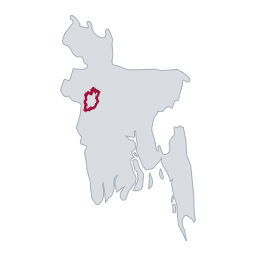 Natore, Rajshahi, Bangladesh (highlighted)
{"feature_id": "16705992B43065208682222", "entity_name": "Natore", "entity_type": "district", "adm_level": 2, "iso_a3": "BGD", "parent_name": "Bangladesh", "parent_adm1": "Rajshahi", "projection": "equal_earth", "projection_center": [89.103, 24.393], "detail": "fine", "context": "in_parent", "style": "outline", "palette": "rose", "viewbox_px": 256, "rotation_deg": 0, "n_neighbors": 0, "source": "geoboundaries", "source_scale": "gbopen_adm2", "svg_char_len": 7515}
<svg xmlns="http://www.w3.org/2000/svg" viewBox="0 0 256 256"><path d="M90.4,189.4L90.4,182.3L86.6,168.3L86.8,166.8L86.0,160.0L85.0,156.3L84.6,152.3L86.8,146.6L85.9,145.7L80.9,143.9L80.3,142.5L81.4,136.9L77.8,131.5L76.3,127.6L80.2,114.8L81.2,105.9L80.9,104.2L78.5,102.2L74.4,101.4L71.4,99.8L69.7,97.3L68.3,96.2L66.5,97.0L64.1,96.0L62.2,93.5L60.6,90.5L61.3,87.2L64.3,79.4L65.4,79.1L68.1,80.6L69.1,80.6L70.8,77.5L73.2,68.8L81.6,69.5L83.7,69.2L85.8,68.5L86.9,67.4L87.5,66.0L87.3,64.8L84.7,63.1L83.7,61.9L83.0,58.4L82.3,57.1L77.2,56.9L74.6,55.3L73.1,53.8L70.6,49.0L67.4,45.5L64.3,44.7L63.2,43.5L62.5,41.7L62.9,39.1L64.5,34.0L72.8,23.1L73.1,21.9L72.7,20.5L70.3,18.8L70.1,17.9L70.8,15.6L72.2,15.4L75.1,17.4L78.0,20.8L79.8,23.8L79.8,26.1L82.1,26.6L84.0,27.7L86.0,27.3L87.2,27.9L88.1,27.7L88.4,26.4L86.8,22.9L87.6,21.5L89.5,21.6L90.9,22.9L91.9,25.5L92.1,29.6L94.3,33.3L97.3,35.9L99.6,37.1L102.4,38.0L104.8,37.2L106.0,34.6L105.5,32.3L105.8,30.2L106.8,29.1L108.3,29.1L109.4,30.8L112.7,39.6L112.0,43.6L112.8,54.4L112.0,61.5L112.5,64.2L113.0,64.7L118.0,66.0L125.1,68.9L130.6,69.9L155.3,69.2L160.7,70.6L177.2,69.5L181.7,71.8L186.6,75.5L189.4,78.2L189.9,79.8L189.6,81.2L188.7,81.9L187.0,81.9L183.1,80.1L182.4,80.7L182.4,84.9L179.3,95.7L178.9,99.0L177.8,100.3L174.6,101.0L172.5,107.3L171.6,108.1L169.4,106.7L168.1,106.9L166.4,107.5L164.7,109.0L163.6,110.8L162.3,111.4L157.7,111.3L156.8,114.2L153.8,118.0L151.8,128.1L151.9,131.2L154.5,139.3L156.4,149.8L157.1,150.9L158.0,151.0L158.0,146.2L158.8,145.6L159.9,146.1L162.1,152.6L163.4,154.2L165.3,154.7L167.5,153.7L169.1,151.8L169.8,149.8L169.1,142.7L170.2,139.8L173.9,135.5L174.4,134.2L174.1,127.1L175.6,126.9L177.5,127.5L179.9,125.8L180.6,125.7L181.6,127.5L183.3,127.2L186.0,141.3L186.3,151.2L187.0,156.7L187.9,157.9L190.8,166.2L193.7,195.4L194.2,214.0L195.4,220.3L194.5,221.7L193.5,222.0L192.7,219.8L186.5,215.1L185.0,215.6L182.9,218.3L182.1,220.8L182.5,224.4L183.2,227.9L184.7,230.0L184.8,232.2L186.5,240.6L186.0,240.6L182.7,233.0L178.5,225.5L177.1,212.1L177.0,205.4L174.2,197.7L171.5,184.1L172.6,179.3L170.7,181.4L167.6,173.3L162.7,165.3L161.3,161.8L161.3,158.4L159.2,161.8L156.4,164.3L153.6,167.9L151.7,169.0L145.7,169.7L142.2,164.8L137.2,152.9L136.5,150.2L137.2,143.2L136.0,136.6L135.6,130.8L134.7,131.3L134.4,132.9L134.6,135.4L134.2,137.4L125.9,136.1L129.4,139.6L133.3,140.4L135.3,143.5L135.4,148.7L131.7,151.8L132.0,154.4L134.2,157.6L131.5,158.5L130.8,160.6L130.8,163.6L132.7,168.2L132.3,170.0L135.5,176.0L136.1,178.9L135.4,182.9L128.6,191.2L126.6,197.0L124.9,199.8L122.8,200.3L120.3,197.5L120.2,194.6L120.7,192.4L124.3,186.9L122.3,187.7L116.8,192.2L115.8,188.5L115.0,185.1L115.0,181.0L117.7,174.8L114.7,177.9L113.8,181.7L114.2,186.3L113.8,189.5L112.7,193.7L111.1,196.2L108.4,197.9L107.3,200.4L105.5,202.2L104.9,193.7L103.0,182.3L102.6,184.7L103.6,191.8L103.6,196.4L102.1,200.1L99.3,204.0L97.1,204.6L95.8,204.0L91.7,198.1L91.3,192.5L90.4,189.4ZM140.9,189.6L135.8,190.9L133.2,190.5L138.0,180.2L137.8,175.6L137.1,171.9L134.6,168.9L134.5,166.7L133.3,163.8L132.8,160.3L135.5,159.2L137.7,161.2L138.5,165.1L139.6,168.0L143.5,174.1L143.4,177.8L142.4,186.8L140.9,189.6ZM151.8,186.2L148.7,188.9L149.6,172.7L152.0,178.7L152.6,182.0L151.8,186.2ZM163.6,178.1L162.3,179.2L161.0,178.2L159.3,174.4L160.1,169.6L160.6,168.9L162.6,173.8L163.6,178.1ZM175.3,212.4L173.5,212.6L172.7,211.4L173.1,209.8L172.6,204.5L174.8,204.0L175.7,208.4L175.3,212.4ZM173.3,197.6L172.0,202.9L171.4,200.5L172.3,195.9L173.3,197.6ZM136.8,155.4L137.3,157.0L134.5,154.9L133.7,153.3L135.0,152.5L136.8,155.4Z" fill="#d9dde1" stroke="#a8b0b8" stroke-width="1"/><path d="M92.9,88.3L92.8,88.8L92.9,89.2L92.8,89.3L92.9,89.5L92.7,89.6L92.4,89.6L92.5,89.8L92.4,89.8L92.4,90.0L92.1,90.0L91.9,90.1L91.8,90.3L91.7,90.3L91.9,90.5L91.9,90.8L91.8,91.1L91.7,91.3L91.8,91.3L91.7,91.5L91.8,91.5L91.7,91.6L91.7,91.8L91.9,92.0L92.0,92.1L91.9,92.3L92.0,92.5L91.9,92.6L91.9,93.0L91.8,93.3L91.7,93.4L91.7,93.6L91.8,93.8L91.6,94.0L91.5,93.8L91.4,93.7L91.4,93.9L91.3,94.0L91.2,94.2L90.8,94.2L90.7,94.0L90.1,93.7L89.9,93.7L89.7,93.2L89.4,93.5L89.2,93.5L89.1,93.3L89.3,93.1L89.2,92.9L88.7,92.6L88.5,92.4L88.2,92.3L88.1,92.1L87.9,92.2L87.8,92.7L87.9,92.9L87.9,93.4L87.8,93.6L87.5,93.7L87.4,93.7L87.2,94.1L86.6,93.7L86.6,93.8L86.4,93.9L86.3,94.0L86.1,94.0L85.9,94.1L86.0,94.5L85.7,94.4L85.5,94.5L85.4,94.7L85.5,94.7L85.5,94.8L85.7,94.7L85.9,94.7L86.0,94.8L86.0,95.0L86.4,94.9L86.5,94.9L86.8,94.8L86.9,95.0L86.7,95.3L86.8,95.4L86.5,95.3L86.4,95.4L86.4,95.5L86.2,95.5L86.1,96.0L85.9,96.0L85.9,96.3L86.0,96.8L86.0,97.0L85.9,97.0L86.1,97.4L86.1,97.5L85.9,97.8L86.0,97.9L86.0,98.3L86.1,98.6L86.0,98.9L86.1,99.1L85.9,99.7L85.7,99.9L85.9,100.2L85.8,100.8L85.8,100.7L85.6,100.7L85.5,100.8L85.5,100.7L85.4,100.7L85.4,100.8L85.2,100.9L85.3,100.9L85.2,101.0L85.0,100.8L84.9,100.8L84.7,101.1L84.7,101.5L84.6,102.2L84.5,102.5L84.7,102.8L84.7,103.0L84.9,103.1L85.0,102.8L85.4,103.2L85.4,103.5L85.6,103.4L86.1,103.6L86.0,104.4L86.1,104.5L86.2,104.9L86.5,105.0L86.5,105.5L86.4,105.5L86.2,105.7L85.9,105.7L86.0,105.9L85.9,106.0L85.7,106.0L85.4,106.1L85.4,105.8L85.4,105.7L85.3,105.8L85.2,106.1L85.2,106.5L85.3,106.5L85.1,106.8L85.2,107.0L85.3,107.1L85.3,107.4L85.1,107.5L85.2,107.8L85.1,108.1L84.9,108.2L84.9,108.4L85.0,108.6L85.3,108.5L85.8,108.6L85.9,108.8L85.8,109.0L86.1,109.0L85.8,109.1L85.5,109.8L85.2,109.8L85.0,110.1L85.0,110.5L84.9,110.5L85.0,110.6L85.5,110.4L85.5,110.8L85.3,111.0L85.5,110.9L86.4,110.5L86.3,110.2L86.2,110.2L86.3,110.0L86.7,109.9L86.6,110.0L86.6,110.3L87.2,109.8L87.5,110.0L88.6,110.2L89.1,110.3L89.2,110.1L89.2,109.9L89.2,109.6L89.0,109.4L89.3,109.5L89.4,109.3L88.8,109.3L89.3,109.2L89.1,109.1L88.9,108.9L89.1,108.7L89.5,108.6L89.7,108.3L89.8,108.3L89.9,108.5L89.9,108.8L89.9,109.2L90.1,109.4L90.3,109.5L90.4,109.4L90.4,109.2L90.6,109.0L90.9,109.1L91.3,108.9L91.3,108.4L91.4,108.5L91.6,108.7L91.7,108.8L91.9,108.7L92.1,108.7L92.2,108.4L92.7,108.4L92.6,108.2L93.0,108.4L93.5,108.3L93.5,108.2L93.6,107.9L93.7,107.7L94.0,107.1L94.3,107.0L94.5,107.2L94.7,106.9L94.8,106.8L95.0,106.9L95.2,106.7L95.4,106.2L95.3,105.8L95.4,105.7L95.5,105.8L95.6,105.4L95.8,105.4L95.9,105.0L95.9,104.9L95.7,104.9L95.7,104.6L95.8,104.5L95.9,104.2L96.3,104.3L96.4,104.0L96.6,103.7L96.7,103.4L96.9,103.4L97.0,103.0L97.3,102.8L97.2,102.5L97.3,102.0L97.5,102.0L97.6,101.9L97.9,101.9L98.1,101.6L98.1,101.4L98.2,101.2L97.8,100.9L97.6,100.6L97.4,100.7L97.3,100.3L97.1,100.1L97.3,99.9L97.3,99.3L97.2,99.2L97.2,98.8L97.2,98.5L96.8,98.3L96.7,98.3L96.3,98.4L96.1,98.3L96.1,98.1L96.2,97.9L96.3,98.0L96.4,97.8L96.5,97.8L96.5,97.7L96.6,97.8L96.9,97.5L97.0,97.2L97.2,96.9L97.1,96.7L97.2,96.4L97.2,96.2L97.3,96.1L97.5,95.9L97.6,95.5L97.8,95.5L97.8,95.2L98.0,95.1L98.1,94.9L98.2,94.7L98.3,94.5L98.3,94.3L98.4,94.2L98.5,94.1L98.6,93.9L98.7,93.7L98.7,93.4L98.8,93.2L98.7,93.2L98.7,92.9L98.6,92.7L98.4,92.5L98.5,92.4L98.4,92.4L98.4,92.0L98.5,91.8L98.5,91.6L97.9,91.6L97.8,91.3L97.8,91.0L97.5,91.0L97.6,90.8L97.5,90.7L97.2,90.5L96.9,90.6L96.7,90.4L96.4,90.4L96.4,90.5L96.3,90.8L96.1,90.8L96.1,91.0L96.3,91.0L96.3,91.4L96.0,91.5L95.9,91.8L95.8,92.0L95.5,92.4L95.4,92.1L95.2,91.6L95.2,91.1L94.9,91.4L94.8,91.1L94.6,91.0L94.7,90.9L94.8,90.9L94.7,90.5L94.9,90.5L95.0,90.2L94.8,90.2L94.8,89.9L94.7,90.0L94.5,89.7L94.4,89.6L94.2,89.7L94.1,89.9L93.9,90.2L94.0,90.3L93.9,90.4L93.9,90.7L93.8,90.8L93.5,90.8L93.3,90.9L93.4,90.7L93.2,90.7L93.1,90.4L93.0,90.2L92.9,89.9L93.0,89.8L92.9,89.4L93.0,89.3L93.2,89.0L93.1,88.8L93.4,88.7L93.4,88.9L93.5,88.9L93.8,88.8L93.7,88.6L93.7,88.3L93.5,88.2L93.4,88.2L93.3,88.4L93.1,88.5L93.0,88.2L92.9,88.3Z" fill="none" stroke="#9f1239" stroke-width="2"/></svg>